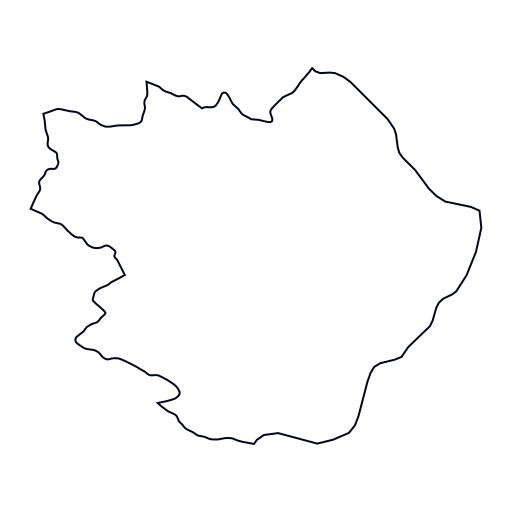 the border of Pirotski
{"feature_id": "SRB-121", "entity_name": "Pirotski", "entity_type": "District", "adm_level": 1, "iso_a3": "SRB", "parent_name": "Republic of Serbia", "parent_adm1": "", "projection": "albers", "projection_center": [22.387, 43.137], "detail": "fine", "context": "isolated", "style": "outline", "palette": "ink", "viewbox_px": 512, "rotation_deg": 0, "n_neighbors": 0, "source": "natural_earth", "source_scale": "10m", "svg_char_len": 4487}
<svg xmlns="http://www.w3.org/2000/svg" viewBox="0 0 512 512"><path d="M312.3,68.1L315.3,71.3L320.2,73.1L330.0,72.6L335.0,73.1L343.5,76.9L346.0,78.7L350.5,82.0L387.6,119.1L394.1,128.6L396.0,134.2L397.7,147.2L399.3,152.8L402.6,157.5L415.1,170.0L428.9,188.6L436.2,195.9L445.4,201.6L470.9,206.9L479.5,210.7L480.4,219.0L481.3,228.0L476.0,251.8L466.6,275.2L456.2,291.4L452.0,294.5L443.2,298.7L438.9,302.7L436.3,307.7L432.6,320.7L429.9,326.2L408.3,347.0L401.5,356.9L401.5,357.0L401.4,357.0L394.6,359.7L380.3,363.2L374.2,366.9L370.6,372.9L367.4,381.9L358.4,416.4L355.3,424.4L354.9,425.4L348.9,432.9L333.1,439.7L317.3,443.6L278.1,433.1L263.9,435.0L256.8,439.9L254.1,443.9L253.8,443.9L245.2,442.3L242.8,441.9L238.9,440.9L237.1,440.3L233.0,438.6L231.0,438.2L228.9,438.0L224.9,438.1L218.8,439.3L216.8,439.5L212.9,439.4L210.9,439.2L209.1,438.8L205.0,437.0L203.4,436.6L198.6,435.7L197.5,435.3L196.4,434.7L193.6,432.7L192.5,432.0L189.0,430.4L186.0,428.8L184.0,426.9L182.1,424.4L179.5,422.0L178.7,420.7L177.0,416.6L176.1,415.5L175.3,414.8L173.4,413.7L170.2,412.3L168.5,411.5L167.1,410.6L161.6,406.5L157.7,403.0L166.9,401.1L172.8,399.4L175.3,398.4L176.7,397.4L178.0,396.3L179.0,395.1L179.6,393.7L179.7,392.4L179.2,391.0L178.5,389.6L177.7,388.3L176.3,386.5L173.7,384.2L168.0,380.4L166.5,379.5L160.1,376.2L158.8,375.6L157.3,375.2L155.7,375.1L151.6,375.3L150.6,375.3L149.1,374.9L147.8,374.1L144.9,371.7L140.4,369.2L136.5,366.8L126.3,361.6L121.3,359.4L119.2,358.6L117.2,358.3L115.2,358.2L113.1,358.3L111.2,358.6L108.1,359.4L106.7,359.3L105.3,358.8L103.9,358.0L102.1,356.5L99.7,353.5L98.5,352.4L97.0,351.4L95.0,350.4L93.1,349.9L86.8,349.0L84.3,348.2L83.0,347.4L78.8,344.6L77.4,343.5L76.2,342.3L75.5,340.9L75.4,339.6L75.7,338.3L76.3,337.1L83.4,331.5L84.5,330.1L85.7,328.3L86.8,327.1L87.7,326.5L91.1,324.4L92.5,323.8L96.5,322.5L97.4,321.9L98.6,320.9L100.9,317.8L104.6,314.5L105.1,313.8L105.4,313.1L105.3,312.6L104.7,311.5L99.5,306.6L96.2,303.9L92.8,300.4L92.8,299.2L94.2,293.7L94.7,292.5L95.5,291.4L96.4,290.6L99.4,288.6L102.9,287.0L106.9,285.4L108.4,284.5L111.1,282.3L119.6,277.9L124.8,275.0L117.6,260.7L116.7,259.4L114.9,257.4L114.4,256.4L114.3,255.9L115.4,252.9L115.4,251.8L114.9,250.7L114.2,250.1L110.9,247.4L109.6,246.5L108.2,245.8L106.6,245.5L105.9,245.5L104.3,246.0L101.0,247.5L99.0,247.9L97.0,248.1L94.9,248.0L92.9,247.6L90.9,246.7L88.7,245.5L87.4,244.4L86.3,243.0L83.4,238.9L82.5,238.0L81.6,237.6L80.6,237.5L78.7,237.5L77.3,237.4L76.1,237.1L75.0,236.6L73.5,235.8L71.0,233.8L67.3,230.4L63.7,226.4L62.0,224.8L60.9,224.2L59.8,223.7L55.1,222.7L53.6,222.2L52.2,221.6L47.4,218.5L42.9,214.4L41.8,213.7L30.7,208.8L33.6,202.0L36.9,195.1L39.6,190.9L40.1,189.5L40.2,188.1L39.1,182.9L39.2,181.6L39.8,180.4L40.6,179.3L43.3,176.6L44.1,175.6L44.7,174.5L45.6,172.0L46.1,171.1L47.1,170.0L48.8,169.1L50.3,168.8L53.6,168.9L54.6,168.8L55.4,168.5L56.4,167.6L57.1,166.4L58.2,163.8L58.4,162.6L58.4,161.9L57.5,159.3L57.3,158.4L57.1,155.0L56.9,154.0L56.6,153.1L55.6,152.1L51.9,149.9L49.9,148.5L48.7,147.4L48.0,146.1L47.6,144.7L47.6,143.3L48.1,139.8L48.1,138.2L47.9,136.7L46.0,131.1L45.5,129.2L44.7,120.8L43.3,113.8L49.7,111.7L55.3,109.6L57.5,109.0L59.0,109.0L60.1,109.1L64.3,110.0L69.7,111.2L74.7,111.8L76.3,112.1L78.7,113.0L80.1,114.0L84.7,117.7L86.2,118.6L88.6,119.5L93.4,120.4L95.6,121.1L97.0,122.1L100.1,124.4L101.1,125.0L104.2,126.2L105.7,126.6L107.3,126.7L110.6,126.6L114.5,125.9L118.5,125.4L129.0,125.3L131.1,125.2L133.0,124.9L138.3,123.4L139.4,122.9L140.3,122.3L141.2,121.3L141.8,120.2L142.7,115.7L144.6,110.2L144.9,108.7L144.9,107.1L144.4,103.6L144.4,102.1L144.6,100.7L145.3,99.1L146.9,96.4L147.2,95.3L147.3,94.2L147.2,90.3L146.5,81.7L158.1,86.3L159.3,86.9L162.0,89.3L163.9,90.7L166.2,91.7L170.6,93.1L175.8,95.7L178.1,96.3L179.6,96.3L182.6,95.7L184.1,95.8L186.2,96.5L187.2,97.0L190.0,99.3L202.0,108.4L202.6,108.0L203.9,107.5L205.5,107.1L210.4,107.3L212.1,107.2L213.3,106.9L214.4,106.5L215.7,105.5L217.1,103.8L219.0,100.5L221.6,94.3L222.3,93.3L223.0,92.9L223.9,92.6L225.2,92.7L226.0,93.0L226.7,93.7L228.1,95.5L229.3,97.4L231.7,102.2L233.0,104.2L238.3,109.0L241.2,113.1L243.1,114.9L247.4,117.0L250.8,119.0L251.8,119.3L257.1,119.7L258.7,119.9L267.8,122.0L269.2,122.1L270.2,122.0L271.2,121.8L272.1,121.0L272.3,120.2L272.3,119.2L272.0,117.8L270.5,113.5L270.3,112.5L270.4,111.1L271.1,109.5L272.3,108.0L275.1,105.0L282.8,97.4L285.0,96.2L291.1,93.5L292.2,92.9L293.5,91.8L294.6,90.7L297.3,87.0L299.6,83.5L301.8,80.5L304.4,77.8L308.1,73.3L308.6,72.9L312.2,68.1L312.3,68.1Z" fill="none" stroke="#020617" stroke-width="2"/></svg>